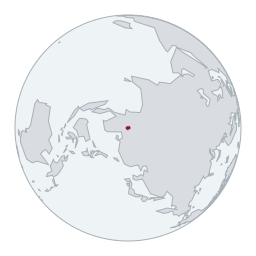 the Earth from above Phôngsali, rotated 120°
{"feature_id": "LAO-3291", "entity_name": "Phôngsali", "entity_type": "Province", "adm_level": 1, "iso_a3": "LAO", "parent_name": "Laos", "parent_adm1": "", "projection": "orthographic", "projection_center": [102.249, 21.683], "detail": "fine", "context": "on_globe", "style": "filled", "palette": "rose", "viewbox_px": 256, "rotation_deg": 120, "n_neighbors": 0, "source": "natural_earth", "source_scale": "10m", "svg_char_len": 10863}
<svg xmlns="http://www.w3.org/2000/svg" viewBox="0 0 256 256"><g transform="rotate(120 128 128)"><circle cx="128" cy="128" r="113" fill="#eef3f6" stroke="#a8b0b8"/><path d="M233.8,165.5L233.6,166.1L233.5,166.3L233.8,165.5ZM179.1,27.6L177.5,26.9L179.3,29.4L183.5,32.2L179.7,30.3L190.2,37.5L193.5,41.6L187.5,35.8L185.1,34.4L186.3,36.4L184.1,35.5L183.4,36.0L180.7,34.8L177.4,31.9L175.6,31.1L176.5,32.7L174.4,32.7L173.4,30.5L169.5,30.4L163.3,26.2L162.7,22.6L157.0,20.5L150.4,17.7L148.8,17.4L145.2,16.7L142.0,16.3L141.7,16.2L139.4,16.0L140.3,16.2L139.6,16.2L137.8,16.1L137.1,15.8L137.9,15.9L136.7,15.7L137.2,15.7L135.9,15.7L135.5,15.6L144.6,16.6L153.5,18.3L162.3,20.7L170.8,23.8L179.1,27.6ZM134.6,15.6L133.2,15.5L130.5,15.4L134.6,15.6ZM231.4,83.4L231.2,82.8L231.4,83.4ZM187.0,34.7L186.1,33.6L187.7,35.0L187.0,34.7ZM183.8,36.3L184.7,37.0L184.0,37.1L183.8,36.3ZM179.2,35.3L177.6,35.4L178.6,34.8L179.2,35.3ZM176.4,35.1L172.8,35.5L174.6,36.9L167.5,33.5L172.9,34.0L173.8,33.0L174.7,34.2L176.4,35.1ZM141.4,16.3L140.3,16.1L142.9,16.5L141.4,16.3ZM143.2,16.6L152.0,18.2L152.6,18.7L149.5,17.9L151.7,18.9L147.7,18.2L145.6,17.6L146.0,17.4L144.1,17.4L143.2,16.6ZM164.2,31.7L162.8,31.5L163.6,31.2L164.2,31.7ZM139.5,16.3L141.2,16.5L141.9,16.8L138.6,16.5L139.4,16.5L139.5,16.3ZM154.2,19.5L154.1,19.9L150.8,19.5L150.4,19.6L147.6,18.3L154.2,19.5ZM138.4,16.3L136.9,16.4L134.9,16.2L137.9,16.1L138.4,16.3ZM143.5,17.1L143.6,17.3L142.5,17.1L143.5,17.1ZM127.1,15.7L129.2,15.7L129.7,15.9L127.1,15.7ZM136.5,16.5L137.1,16.6L137.6,16.7L136.2,16.7L136.5,16.5ZM145.5,18.2L144.1,18.0L146.5,18.7L144.1,18.5L142.7,17.8L142.3,18.0L141.6,18.0L141.2,17.5L145.5,18.2ZM136.1,17.2L133.6,16.5L129.6,16.3L129.1,16.1L135.5,16.4L136.1,17.2ZM139.2,17.4L137.2,17.2L137.5,16.9L139.0,16.9L139.2,17.4ZM143.0,18.8L147.0,19.2L147.1,19.3L143.0,18.8ZM134.9,17.2L135.6,17.4L134.6,17.2L134.9,17.2ZM140.5,18.3L141.8,18.4L142.0,18.5L140.5,18.3ZM135.7,17.8L134.9,17.5L135.9,17.4L135.7,17.8ZM137.9,18.1L137.7,18.3L136.8,17.6L138.4,18.0L137.9,18.1ZM140.4,18.5L140.9,18.6L139.8,18.4L140.4,18.5ZM132.3,18.4L130.9,17.5L133.2,17.3L134.3,18.1L132.3,18.4ZM40.1,57.6L38.8,59.2L38.6,62.9L37.9,64.5L34.4,68.6L31.4,79.5L34.6,76.9L35.4,84.5L38.2,87.2L45.4,79.1L40.9,74.4L43.6,69.2L50.0,69.1L54.5,73.8L55.7,72.0L55.8,65.8L59.8,63.9L56.2,63.5L55.4,65.8L53.1,65.8L53.7,63.7L55.1,63.0L54.6,61.0L48.0,65.3L46.6,68.2L43.4,66.1L40.7,70.8L38.8,71.8L42.7,64.3L44.6,62.3L49.4,53.5L47.1,55.3L42.4,63.9L42.6,62.7L39.4,65.8L41.9,62.4L47.6,53.1L46.8,51.7L40.5,57.2L40.9,56.5L51.2,45.6L51.5,45.4L49.3,48.2L51.9,46.0L56.8,41.4L55.7,42.8L57.5,41.5L57.1,42.6L60.9,41.0L61.2,42.0L67.0,38.6L67.9,38.8L64.2,40.7L61.8,42.8L63.0,46.0L64.5,45.8L68.1,43.4L68.0,44.9L71.4,42.2L74.1,43.4L73.6,39.9L77.9,37.6L81.8,37.0L83.1,35.8L76.7,36.8L74.2,37.8L72.2,39.6L65.3,42.6L64.0,42.2L70.8,37.1L69.7,36.2L75.5,33.1L89.4,31.5L93.1,32.6L90.2,39.0L86.9,39.8L86.3,37.8L82.9,41.7L85.1,40.4L85.0,41.7L89.0,40.3L89.1,41.2L92.8,38.4L93.4,39.4L91.1,41.1L97.6,40.3L99.9,42.2L101.4,41.6L102.2,40.4L104.7,43.8L105.6,43.3L105.1,41.9L106.7,40.0L110.4,38.1L111.1,39.4L109.8,40.2L108.2,44.1L104.7,46.5L105.4,46.8L108.5,45.1L110.5,40.3L112.6,38.9L112.1,41.0L112.4,40.1L113.7,39.8L115.5,40.8L116.3,38.4L128.9,34.6L133.7,36.5L131.8,38.6L141.3,38.3L146.0,41.1L145.6,39.8L149.8,39.2L148.4,38.3L148.5,37.6L158.9,36.6L161.8,37.6L165.8,36.3L165.6,35.7L163.6,34.8L167.5,33.5L174.6,36.9L174.7,38.0L179.0,39.7L178.7,42.2L180.4,45.3L177.6,47.5L179.2,50.0L180.7,50.4L184.1,54.4L185.7,61.8L177.7,54.0L173.9,44.1L174.9,47.7L172.7,46.5L171.8,47.6L172.7,50.5L174.0,51.1L165.2,54.7L163.3,62.7L168.3,62.4L171.5,65.0L173.7,75.6L165.0,90.0L169.3,95.0L169.6,98.2L166.2,100.2L165.5,95.4L161.9,93.7L162.0,90.9L156.3,92.9L156.2,89.1L151.8,92.9L153.6,96.0L158.7,95.4L154.9,100.8L160.2,106.4L161.0,113.1L152.5,124.8L143.6,128.1L143.1,130.2L139.4,127.7L134.7,131.7L141.5,143.9L141.3,147.3L133.7,153.4L133.5,150.9L123.9,144.2L122.1,152.2L129.4,159.3L131.9,167.2L126.3,164.5L123.8,157.5L120.4,154.9L121.3,148.0L118.4,137.2L112.8,138.7L113.2,134.4L108.5,125.2L100.4,127.0L87.6,136.5L85.8,147.0L81.4,150.9L76.0,134.3L76.2,123.6L72.6,123.8L68.4,113.5L56.4,109.1L56.2,106.1L53.6,106.5L50.9,102.4L51.1,97.5L48.8,96.8L48.7,109.6L51.3,110.5L55.6,107.4L54.9,111.7L57.7,116.7L49.3,124.1L34.0,126.2L35.0,118.0L36.1,92.8L37.4,90.7L37.5,90.4L37.7,89.9L35.3,93.0L36.3,88.3L33.1,104.9L31.4,111.4L33.8,126.5L32.9,127.4L34.4,130.9L42.2,131.7L41.7,134.3L36.5,144.4L27.9,155.3L30.5,166.9L32.3,175.7L30.1,178.4L33.5,185.7L32.8,186.5L34.9,190.3L36.2,193.0L36.8,194.1L32.2,187.3L28.2,180.2L24.7,172.9L21.7,165.3L19.3,157.5L17.4,149.6L16.2,141.5L15.5,133.4L15.4,125.3L15.9,117.1L17.0,109.1L18.6,101.1L20.9,93.3L23.6,85.6L27.0,78.2L30.8,71.0L35.2,64.1L40.1,57.6ZM56.7,84.0L61.0,86.8L63.4,80.0L65.3,80.6L65.4,78.2L63.6,79.5L64.5,73.3L68.0,72.8L69.7,70.2L68.3,69.2L61.9,71.2L60.4,80.0L57.5,81.7L56.7,84.0ZM67.4,34.1L65.8,35.3L63.9,36.4L63.5,36.0L66.4,34.3L67.4,34.1ZM64.1,36.9L71.0,32.5L71.4,32.9L70.0,33.4L69.6,34.1L67.2,35.1L61.0,40.1L58.8,41.4L59.4,39.4L60.4,39.2L61.9,37.8L64.1,36.9ZM87.7,23.5L90.6,22.4L87.8,24.6L85.4,25.4L84.9,24.8L87.5,23.5L87.7,23.5ZM125.1,15.4L128.8,15.4L135.2,15.7L135.4,15.9L133.9,16.0L132.4,16.0L132.7,15.8L130.5,15.9L129.8,15.6L128.0,15.7L120.5,15.6L121.6,15.5L118.8,15.7L125.1,15.4ZM109.4,16.9L110.4,16.8L110.5,16.9L112.6,16.5L113.3,16.6L111.4,16.9L114.8,16.5L118.8,16.8L123.6,16.5L125.2,16.7L123.3,16.9L126.2,17.0L123.7,17.6L124.7,17.8L123.3,18.8L119.0,19.4L120.6,19.6L119.6,20.6L116.1,21.3L117.0,20.4L112.5,21.9L111.8,21.1L111.3,21.3L109.4,21.0L106.2,21.2L106.4,20.8L105.1,21.1L103.8,21.0L102.0,21.3L101.8,20.7L99.6,21.1L100.7,20.7L97.1,21.5L99.7,20.7L98.2,20.7L96.5,21.5L99.2,19.2L98.7,19.2L109.4,16.9ZM131.8,18.7L126.9,19.2L124.0,19.1L127.7,17.4L127.1,17.2L129.3,16.4L133.4,16.7L132.3,16.8L132.3,17.1L131.1,16.9L132.0,17.2L130.7,17.5L131.0,17.9L129.3,17.9L131.8,18.7ZM39.4,63.6L39.3,64.4L39.7,65.1L37.7,67.2L39.4,63.6ZM43.1,57.2L43.4,57.4L40.8,60.4L40.9,59.7L43.1,57.2ZM45.7,55.1L43.6,57.2L44.8,55.6L45.7,55.1ZM64.7,40.9L65.2,41.2L64.4,41.8L63.1,42.4L64.7,40.9ZM102.4,26.9L103.4,26.1L104.1,26.1L107.8,24.8L108.6,25.5L106.7,26.6L102.4,26.9ZM43.4,79.8L41.3,80.7L41.4,79.5L42.1,79.4L43.4,79.8ZM38.4,73.6L38.4,76.2L37.8,74.2L38.4,73.6ZM103.9,27.4L105.3,26.8L104.9,27.6L103.9,27.4ZM109.4,26.0L109.2,26.8L109.1,25.4L109.4,26.0ZM87.1,229.5L89.4,230.7L87.8,230.3L87.1,229.5ZM42.6,180.3L44.2,193.7L41.2,192.1L38.5,187.2L36.5,178.5L39.2,177.7L40.0,174.3L42.6,180.3ZM160.0,184.7L163.2,185.0L163.1,185.5L160.0,184.7ZM156.5,183.2L160.3,183.2L155.8,184.2L156.5,183.2ZM161.8,183.2L165.7,182.1L167.3,181.3L167.0,182.3L161.8,183.2ZM153.9,183.3L139.7,183.2L134.1,181.7L135.4,180.1L144.6,180.7L153.9,183.3ZM135.0,180.0L126.3,174.7L114.4,159.1L118.7,159.7L131.1,169.4L130.3,170.9L135.6,175.1L135.0,180.0ZM155.8,171.0L155.0,175.6L147.2,175.3L143.6,174.5L141.1,168.6L142.5,165.6L145.5,165.7L156.7,155.3L160.7,157.8L157.2,162.2L160.5,166.2L155.8,171.0ZM86.2,148.1L88.6,154.9L86.2,155.5L86.2,148.1ZM161.2,147.9L156.7,152.6L160.8,146.3L161.2,147.9ZM163.5,142.0L163.9,144.3L162.0,142.1L163.5,142.0ZM143.0,133.5L139.9,134.0L139.8,132.3L143.7,130.7L143.0,133.5ZM161.6,118.8L161.7,123.7L161.1,125.4L159.7,122.5L161.6,118.8ZM113.0,34.5L106.9,35.4L103.1,36.9L101.8,39.0L101.0,36.6L106.9,34.2L113.0,34.5ZM126.8,34.3L127.9,32.8L129.2,33.5L129.1,33.9L126.8,34.3ZM126.3,33.4L124.4,31.7L126.1,30.8L127.3,32.4L126.3,33.4ZM113.9,29.0L112.1,29.1L112.5,28.4L113.9,29.0ZM199.0,215.4L198.3,216.0L207.5,207.8L199.0,215.4ZM184.5,221.9L185.7,219.5L189.3,218.3L186.7,220.9L184.5,221.9ZM213.4,201.4L215.7,198.5L214.1,200.6L213.4,201.4ZM174.7,213.7L153.1,220.9L148.6,220.4L150.3,218.0L147.5,210.7L149.0,210.9L148.7,205.7L161.8,200.4L171.4,190.7L178.0,190.7L183.4,183.5L190.0,183.2L187.7,188.7L194.0,191.1L199.5,178.6L202.2,190.3L206.0,193.4L205.6,200.3L194.2,213.8L188.9,217.1L188.4,216.4L186.0,217.9L183.1,218.2L182.6,214.9L180.2,216.4L183.0,213.3L179.3,216.3L178.3,214.1L174.7,213.7ZM221.2,182.5L221.8,182.4L222.4,183.8L221.4,184.1L221.2,182.5ZM232.0,169.3L232.0,170.0L231.4,170.8L232.0,169.3ZM233.5,166.3L232.9,167.4L233.8,165.5L233.5,166.3ZM226.2,173.6L226.4,174.2L226.0,174.6L226.2,173.6ZM225.9,173.5L226.5,172.1L226.3,173.3L225.9,173.5ZM223.3,168.4L223.8,167.6L224.0,168.0L223.3,168.4ZM168.1,184.8L172.8,181.0L175.2,180.6L168.1,184.8ZM222.7,167.3L221.5,167.6L221.7,166.9L222.7,167.3ZM222.9,165.7L222.9,164.8L223.4,166.7L222.9,165.7ZM220.7,164.4L222.1,165.6L220.6,164.6L220.7,164.4ZM219.8,164.9L218.8,164.5L218.9,164.2L219.8,164.9ZM206.7,169.6L210.9,174.4L207.3,175.0L203.4,172.3L200.0,176.2L192.5,176.9L194.3,174.6L193.4,171.5L185.4,171.2L183.8,169.2L186.7,167.5L181.3,166.4L187.2,164.8L189.6,168.9L192.9,165.1L198.4,165.2L203.7,165.7L207.7,168.2L206.7,169.6ZM187.1,174.3L188.1,174.2L187.2,175.6L187.1,174.3ZM216.7,162.7L218.3,164.4L218.1,164.9L217.3,164.8L216.7,162.7ZM208.7,167.2L213.2,162.7L214.2,162.5L211.2,167.2L208.7,167.2ZM212.2,160.6L214.1,160.6L215.1,162.4L214.7,163.0L212.2,160.6ZM175.1,171.5L174.8,172.7L173.3,171.8L175.1,171.5ZM177.1,170.6L181.8,171.5L176.7,171.6L177.1,170.6ZM162.7,167.2L164.1,170.0L168.5,168.0L165.1,170.7L168.1,175.3L167.0,177.1L164.1,172.2L163.0,177.4L161.0,177.4L160.0,173.0L162.0,167.4L164.0,165.0L172.0,163.7L162.7,167.2ZM177.1,167.1L175.9,163.8L176.8,161.5L178.1,163.2L177.1,167.1ZM172.1,155.9L168.6,152.1L165.6,153.8L171.7,148.0L174.0,152.5L172.1,155.9ZM169.0,147.4L166.2,148.9L169.1,145.5L169.0,147.4ZM165.4,147.6L165.0,144.8L167.3,145.1L165.4,147.6ZM170.5,147.4L170.9,142.7L172.1,145.4L170.5,147.4ZM163.9,138.6L168.9,143.0L162.5,141.3L161.8,132.2L164.5,131.9L163.9,138.6ZM176.5,101.5L175.6,99.0L177.9,98.3L177.9,100.2L176.5,101.5ZM184.7,94.6L178.3,97.4L173.0,99.9L174.8,101.0L174.0,105.4L171.0,101.5L174.4,96.6L178.5,95.4L178.7,91.9L181.5,89.3L180.3,85.0L181.3,83.0L183.7,86.7L184.7,94.6ZM179.5,83.2L178.4,75.7L183.0,76.5L184.2,78.3L182.8,81.3L180.5,80.7L179.5,83.2ZM179.5,74.2L177.2,73.6L170.8,63.3L170.5,61.4L177.9,69.2L176.1,69.1L176.9,71.7L179.5,74.2ZM163.5,32.1L162.9,31.5L164.1,32.0L163.5,32.1ZM147.7,37.1L148.1,36.3L149.5,36.8L147.7,37.1ZM149.9,34.5L148.0,34.5L149.7,34.0L149.9,34.5ZM143.8,34.7L147.1,34.2L144.3,35.5L143.8,34.7Z" fill="#d9dde1" stroke="#a8b0b8" stroke-width="1"/><path d="M127.1,126.4L127.2,126.6L127.3,126.6L127.5,126.5L127.8,126.6L127.8,126.8L128.0,126.9L128.1,127.0L128.3,127.1L128.3,127.3L128.4,127.5L128.5,127.5L128.7,127.8L128.7,128.0L128.8,128.0L129.0,127.9L129.0,127.7L129.1,127.8L129.1,128.0L129.3,127.9L129.3,128.0L129.2,128.3L129.1,128.5L129.2,128.4L129.2,128.5L129.1,128.8L129.2,129.0L129.0,129.3L128.9,129.3L128.7,129.4L128.6,129.5L128.4,129.6L128.2,129.5L128.2,129.4L127.9,129.3L127.7,129.2L127.4,129.0L127.2,128.9L127.0,128.7L127.0,128.4L127.1,128.2L127.1,127.9L127.1,127.7L126.9,127.5L126.8,127.4L126.8,127.2L126.7,127.2L126.8,127.1L126.7,127.0L126.7,126.9L126.8,126.8L126.9,126.7L127.0,126.4L127.1,126.4Z" fill="#f43f5e" stroke="#9f1239" stroke-width="1.5"/></g></svg>